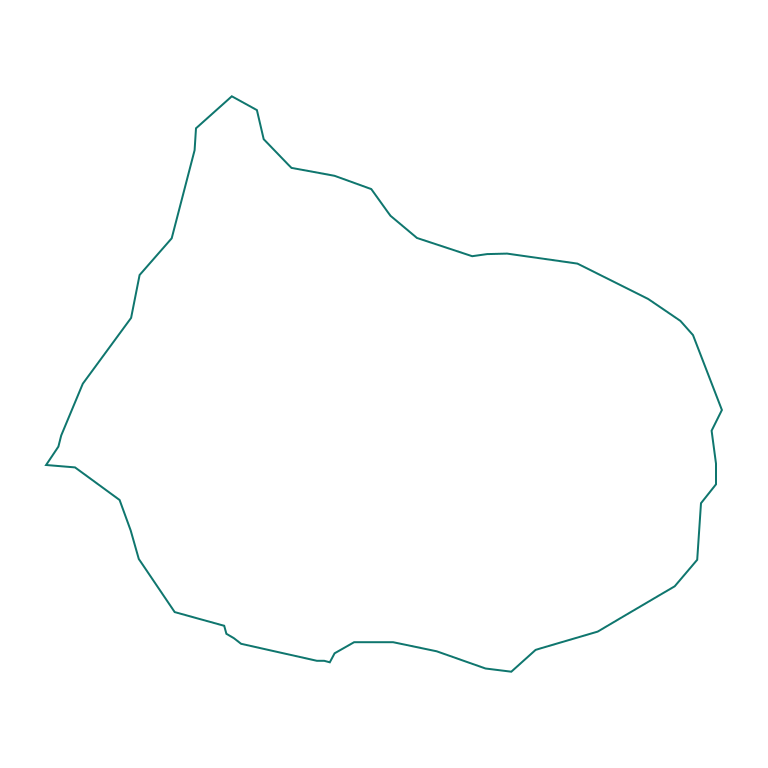 Bui, Nord-Ouest, Cameroon (Mercator projection)
{"feature_id": "32672807B1542757875740", "entity_name": "Bui", "entity_type": "district", "adm_level": 2, "iso_a3": "CMR", "parent_name": "Cameroon", "parent_adm1": "Nord-Ouest", "projection": "mercator", "projection_center": [10.721, 6.252], "detail": "fine", "context": "isolated", "style": "outline", "palette": "teal", "viewbox_px": 768, "rotation_deg": 0, "n_neighbors": 0, "source": "geoboundaries", "source_scale": "gbopen_adm2", "svg_char_len": 828}
<svg xmlns="http://www.w3.org/2000/svg" viewBox="0 0 768 768"><path d="M46.1,465.0L75.0,467.4L119.6,500.0L130.7,530.5L138.8,559.0L141.4,562.8L174.7,612.1L224.2,625.8L226.4,633.8L233.9,638.2L241.1,643.8L316.9,660.8L324.2,660.8L329.8,662.3L334.6,653.3L354.1,642.2L393.1,642.2L436.7,651.3L485.5,668.5L511.3,671.7L535.6,649.9L540.8,648.3L597.7,631.6L620.2,618.3L660.0,594.9L674.7,586.3L697.2,559.8L701.0,503.2L716.0,484.3L716.0,463.6L711.6,430.7L721.9,410.0L693.0,335.1L680.4,320.9L648.2,299.0L577.4,263.6L507.1,253.6L487.1,254.1L472.2,256.2L417.0,238.0L390.5,215.8L387.5,211.7L371.3,189.1L334.5,175.8L330.2,175.0L291.5,167.9L288.2,164.6L263.7,139.2L256.9,110.1L231.8,96.3L196.0,128.3L194.6,150.2L171.7,238.3L139.6,275.0L131.1,317.9L82.8,383.7L61.2,435.5L58.4,446.6L46.1,465.0Z" fill="none" stroke="#0f766e" stroke-width="2"/></svg>